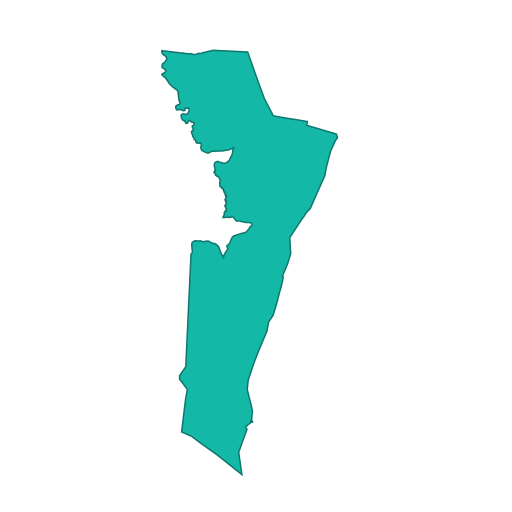 the district of San Sebastián Coatlán, Oaxaca, Mexico, rotated 173°
{"feature_id": "50627088B46272999254732", "entity_name": "San Sebastián Coatlán", "entity_type": "district", "adm_level": 2, "iso_a3": "MEX", "parent_name": "Mexico", "parent_adm1": "Oaxaca", "projection": "natural_earth1", "projection_center": [-96.86, 16.104], "detail": "fine", "context": "isolated", "style": "filled", "palette": "teal", "viewbox_px": 512, "rotation_deg": 173, "n_neighbors": 0, "source": "geoboundaries", "source_scale": "gbopen_adm2", "svg_char_len": 5970}
<svg xmlns="http://www.w3.org/2000/svg" viewBox="0 0 512 512"><g transform="rotate(173 256 256)"><path d="M232.5,428.2L236.5,446.3L239.4,459.5L260.8,463.2L273.5,465.4L274.2,465.4L274.8,465.3L275.7,465.1L276.1,465.0L276.7,465.0L277.8,464.9L279.4,464.8L280.4,464.6L281.4,464.6L281.9,464.5L283.0,464.4L284.0,464.2L285.3,464.0L286.1,463.7L287.0,463.9L287.9,464.0L288.7,464.0L289.6,463.9L290.3,463.6L291.3,463.4L292.2,463.4L292.9,463.6L293.8,463.8L294.5,464.1L294.9,464.4L295.6,464.6L296.3,464.8L297.0,464.9L297.8,464.9L298.4,465.0L299.4,465.0L299.9,465.2L300.4,465.4L300.7,465.5L301.6,465.8L302.4,465.9L303.0,466.1L303.3,466.3L304.7,466.4L324.4,471.3L324.7,469.6L324.3,468.8L323.9,467.8L323.0,466.7L322.3,466.2L320.8,464.6L320.6,462.3L320.7,461.9L323.1,459.4L324.1,458.6L325.2,458.3L326.1,456.6L326.2,454.5L324.2,453.0L322.7,450.7L324.3,449.0L325.8,448.7L327.3,447.8L326.3,445.9L324.6,444.5L322.2,440.2L321.2,437.9L317.7,433.5L314.6,430.7L313.4,429.2L313.4,421.5L313.5,420.4L313.2,418.8L312.7,417.6L312.9,416.4L314.5,415.6L315.6,415.5L316.6,414.9L317.0,414.8L317.4,414.3L317.6,413.3L317.2,411.1L316.8,410.7L315.8,410.5L313.5,410.6L311.9,410.0L310.9,409.2L309.7,408.9L308.7,409.4L308.9,409.9L308.3,411.3L304.5,410.9L304.5,409.3L305.1,407.5L306.8,405.2L309.0,405.3L311.1,406.1L312.7,405.4L313.2,404.9L313.3,404.3L313.1,402.3L313.2,401.9L312.7,400.9L311.8,399.4L311.0,399.5L309.7,397.4L309.4,396.2L308.0,396.1L307.3,396.8L307.0,398.0L305.3,398.6L303.5,396.6L301.5,396.0L301.1,395.8L301.2,394.3L303.5,392.5L303.5,391.3L302.9,390.0L302.6,388.8L302.9,388.1L303.6,388.3L304.8,387.5L304.9,386.2L304.1,383.0L304.1,381.9L303.2,380.9L303.1,379.6L303.2,379.0L302.1,378.9L301.9,378.1L301.7,377.4L301.8,376.5L301.6,376.0L301.1,375.5L300.5,375.1L299.4,375.1L298.7,374.9L297.7,374.8L296.8,374.5L296.7,374.0L296.8,372.6L297.3,371.6L297.5,370.2L297.5,369.0L297.0,367.6L296.2,366.8L295.5,366.4L294.5,365.7L293.6,365.3L292.7,364.6L291.8,364.2L291.0,364.0L289.9,364.2L288.4,364.9L286.7,365.4L285.7,365.2L275.1,364.3L274.1,364.6L273.0,364.7L271.5,364.6L270.7,364.6L269.2,364.9L267.2,365.4L266.6,365.7L266.1,365.8L265.1,366.3L265.2,365.0L266.1,363.8L266.4,362.6L266.7,361.7L266.8,361.1L267.3,359.8L267.7,358.8L268.8,357.6L269.9,355.9L270.4,354.7L271.1,354.1L272.2,353.2L273.3,352.7L274.2,352.1L274.7,351.8L276.1,352.0L277.3,352.2L278.6,352.7L279.9,353.2L281.1,353.8L282.4,354.6L282.8,354.6L283.9,354.3L284.9,353.9L285.6,353.4L286.0,352.6L286.3,351.2L286.4,349.9L286.3,348.9L286.0,347.7L285.9,346.2L286.4,346.0L286.3,345.3L286.8,345.2L287.6,343.9L287.5,343.7L286.6,343.5L286.5,342.9L286.2,342.4L286.4,341.3L286.2,341.1L285.8,341.1L285.6,340.9L285.6,340.5L285.2,340.1L284.9,340.1L284.5,339.6L283.8,339.3L283.2,338.7L282.8,337.1L282.4,336.6L282.3,336.4L282.3,336.1L282.4,335.6L282.9,333.3L283.0,333.1L283.3,332.2L283.1,331.7L283.0,331.2L283.3,330.2L283.3,329.7L283.1,329.2L282.7,329.1L282.5,328.6L281.9,328.3L281.8,327.6L281.0,327.6L280.6,326.9L280.7,326.4L280.3,326.1L280.2,324.4L279.8,324.0L279.4,323.9L279.3,323.6L279.3,323.3L279.5,323.3L279.8,322.9L279.3,322.1L278.7,321.7L278.5,320.8L278.5,320.6L278.8,320.6L279.0,320.7L279.2,320.3L278.5,319.5L278.3,319.5L278.0,318.9L278.0,318.7L278.4,318.9L278.6,318.8L278.9,318.1L278.8,317.6L279.0,317.3L278.9,316.5L279.1,316.4L279.3,316.3L279.4,316.0L279.6,316.0L279.8,315.9L280.0,315.4L279.6,314.7L279.2,314.6L278.7,314.2L279.4,313.5L279.3,312.5L279.2,312.3L279.0,312.2L279.1,311.2L280.0,310.6L279.9,310.1L280.0,310.0L280.0,309.8L280.4,309.8L280.7,309.7L280.6,309.3L280.7,309.0L280.4,308.6L280.4,308.3L280.1,307.8L280.0,307.3L280.1,307.0L279.4,306.1L279.5,305.9L279.8,305.7L280.0,305.1L279.9,304.6L280.0,304.4L280.3,304.2L280.5,304.1L280.6,304.3L280.6,304.5L281.0,304.6L281.2,304.0L281.5,303.5L282.2,303.0L282.3,302.4L282.2,301.9L282.5,301.3L282.5,300.8L283.6,299.1L284.1,298.2L280.5,297.9L279.1,298.1L277.8,297.5L276.3,297.5L274.6,297.9L274.0,297.4L273.1,296.2L272.4,295.0L271.5,293.4L270.3,292.8L269.4,293.2L267.8,292.6L266.3,292.0L264.6,291.4L263.1,290.8L261.3,290.4L259.3,290.1L258.0,289.8L256.5,289.2L256.2,288.2L256.2,287.2L256.8,286.4L257.7,286.1L258.6,285.5L259.3,284.2L260.7,282.9L261.8,281.8L262.8,281.0L264.6,280.5L267.0,280.3L269.5,279.8L272.4,279.3L274.8,278.8L276.4,278.3L277.8,276.8L278.7,275.2L279.9,273.2L280.8,271.6L281.4,271.0L282.6,270.4L283.2,270.0L283.6,269.6L283.8,269.2L283.7,268.8L283.3,267.9L283.2,266.5L284.0,265.3L285.0,264.3L285.6,263.6L286.3,262.8L286.7,262.0L287.1,261.5L287.6,260.8L287.8,260.4L288.4,258.6L289.2,260.3L289.9,261.6L290.3,263.2L290.6,264.5L291.2,265.8L291.3,267.4L291.7,269.1L292.2,270.2L293.1,271.2L294.4,272.8L296.2,273.7L297.3,273.7L298.7,274.6L299.6,275.3L301.1,276.4L302.0,276.8L303.1,276.7L304.3,276.8L306.1,276.7L307.7,276.7L308.9,277.8L310.6,277.8L312.0,278.0L312.9,278.2L314.0,278.6L315.3,278.4L316.0,278.1L317.3,277.5L317.9,277.0L318.3,275.5L318.5,273.7L318.5,272.1L318.6,270.0L318.6,268.3L319.0,266.8L320.3,265.6L339.2,154.7L346.4,146.6L346.9,143.1L345.6,140.8L344.0,138.3L342.5,135.6L341.0,133.1L340.5,131.6L343.4,122.3L351.3,90.4L342.1,85.0L333.9,77.1L318.4,62.9L296.6,40.7L297.1,63.3L286.0,85.3L286.8,86.0L287.0,86.8L287.1,87.6L286.8,88.0L286.2,88.4L285.6,88.6L285.3,88.7L285.1,89.0L284.9,89.3L284.5,89.7L283.8,89.9L283.3,90.1L282.7,90.5L282.1,90.9L281.7,91.3L281.1,91.6L280.2,91.5L279.6,91.6L279.7,92.1L280.9,92.0L281.2,92.1L281.3,92.7L280.7,93.2L280.3,93.3L280.6,93.8L280.3,94.1L279.0,100.1L278.4,102.4L278.4,102.5L278.7,105.6L278.9,107.7L279.1,109.5L279.2,110.4L281.0,124.5L278.9,133.6L271.3,149.7L265.6,160.3L254.3,180.1L251.6,188.8L246.3,195.0L241.5,205.7L236.2,219.2L234.9,221.8L231.5,231.8L232.3,232.6L225.6,244.4L223.3,249.4L221.3,254.1L220.2,270.2L212.4,279.4L205.8,287.2L204.0,289.0L200.7,293.0L199.4,294.0L196.4,296.4L192.5,303.0L178.0,327.2L175.0,336.4L169.2,350.9L163.1,360.9L160.7,363.5L161.3,367.2L171.8,371.8L189.9,379.6L188.6,383.2L199.7,386.5L208.0,388.8L212.0,390.0L220.4,392.6L221.7,392.9L228.4,410.9L232.5,428.2Z" fill="#14b8a6" stroke="#0f766e" stroke-width="1.5"/></g></svg>